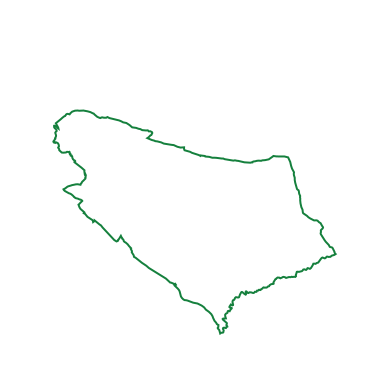 outline of Surani, Prahova, Romania, rotated 228°
{"feature_id": "2599482B83281748165249", "entity_name": "Surani", "entity_type": "district", "adm_level": 2, "iso_a3": "ROU", "parent_name": "Romania", "parent_adm1": "Prahova", "projection": "robinson", "projection_center": [26.167, 45.188], "detail": "fine", "context": "isolated", "style": "outline", "palette": "green", "viewbox_px": 384, "rotation_deg": 228, "n_neighbors": 0, "source": "geoboundaries", "source_scale": "gbopen_adm2", "svg_char_len": 5929}
<svg xmlns="http://www.w3.org/2000/svg" viewBox="0 0 384 384"><g transform="rotate(228 192 192)"><path d="M153.4,286.6L156.5,284.5L161.9,278.6L164.3,276.6L164.3,275.7L164.9,270.9L166.8,267.6L168.5,265.4L168.9,264.3L170.9,262.3L171.8,261.0L172.5,259.6L173.6,258.0L173.8,257.2L173.6,256.8L174.0,256.6L174.1,256.0L174.4,255.6L174.7,255.0L179.0,250.8L184.3,247.1L185.0,246.4L186.8,245.1L187.6,243.8L188.3,243.2L194.6,238.2L196.0,237.6L197.0,236.5L197.1,236.4L201.5,232.6L203.9,230.0L206.6,228.3L209.5,225.6L210.1,225.7L212.9,223.3L213.4,222.9L213.2,222.4L214.9,221.8L221.1,218.2L223.1,217.5L228.0,214.4L229.5,215.0L230.5,216.0L232.7,213.2L235.4,211.4L239.1,209.8L240.8,208.3L246.9,203.4L249.5,202.3L252.8,200.1L254.4,198.7L255.3,198.4L257.6,196.9L261.9,194.9L261.7,196.4L261.9,199.1L261.6,199.8L261.7,200.4L262.1,201.0L262.3,201.8L262.8,202.2L263.3,202.3L265.0,201.7L265.9,200.5L267.4,200.4L268.5,199.0L271.3,196.4L273.3,195.7L274.9,194.5L277.0,193.4L280.1,190.8L283.5,190.4L287.2,189.4L289.9,187.4L291.7,186.8L294.0,185.7L302.2,180.1L304.3,179.3L304.6,177.9L306.2,176.2L307.6,175.2L308.1,174.3L308.1,173.6L308.8,173.0L311.2,171.9L314.9,171.4L316.1,171.4L316.9,170.9L319.3,170.0L321.8,168.4L325.2,165.8L327.8,162.6L329.1,161.5L330.7,159.5L331.9,156.7L331.9,154.4L331.6,153.0L332.9,152.2L333.5,151.6L333.8,150.9L333.8,150.1L333.5,149.2L333.4,148.5L333.7,148.0L333.9,145.6L333.9,143.2L334.2,136.8L329.5,135.7L328.6,135.2L329.2,135.1L329.8,135.2L331.9,134.8L333.5,134.0L333.5,133.8L332.3,132.9L331.9,133.0L331.4,132.7L329.3,133.0L328.1,132.4L327.8,132.0L327.9,131.1L327.5,130.0L325.1,128.9L324.2,127.9L323.6,126.2L323.0,126.1L322.8,124.8L322.5,124.2L322.4,123.1L322.1,122.6L320.8,122.6L320.7,122.9L320.9,123.5L319.9,123.5L319.8,124.0L319.5,124.5L317.7,125.0L316.2,124.5L315.1,123.8L314.8,123.4L314.7,122.4L314.5,122.2L312.8,122.0L311.8,121.3L308.5,121.6L307.3,122.7L305.7,124.8L305.5,126.0L304.2,127.1L303.9,127.8L303.7,127.8L302.9,127.0L302.6,127.0L302.2,127.3L301.9,127.3L301.6,127.1L301.5,126.5L300.7,126.6L300.2,126.2L299.9,126.3L299.9,126.9L299.6,127.0L299.0,126.7L298.3,126.6L297.6,126.0L296.0,125.5L294.6,125.6L293.8,125.9L293.5,125.4L293.0,125.6L292.7,124.6L283.7,126.2L280.1,126.6L279.0,125.5L277.2,124.9L277.7,124.7L276.8,124.1L275.9,123.7L275.1,123.7L274.2,122.9L274.1,122.3L273.3,121.8L273.1,119.0L273.1,117.3L272.5,115.6L272.6,115.1L272.0,114.0L274.3,112.2L275.4,110.8L277.5,107.2L277.8,106.4L279.0,103.9L279.3,103.0L279.5,100.3L280.0,98.3L279.3,98.1L277.8,98.2L273.4,99.7L272.4,100.3L271.0,100.8L268.7,101.1L267.3,101.0L267.1,101.2L265.5,101.3L263.3,102.8L261.8,103.4L260.7,104.2L259.1,104.6L258.8,104.5L258.6,100.6L258.4,99.5L258.5,99.2L258.1,99.0L255.8,98.1L254.0,97.8L248.9,98.4L248.7,97.4L247.2,97.9L243.5,97.7L237.8,99.2L236.9,99.1L235.8,98.4L235.6,100.2L236.0,100.6L229.5,101.6L228.2,102.0L225.3,101.8L208.3,102.1L205.8,102.8L205.3,104.0L205.4,104.6L205.8,104.8L206.0,106.6L207.0,109.8L205.4,109.3L204.6,109.3L204.1,108.9L203.5,109.1L202.2,109.0L201.0,108.4L199.9,108.5L198.8,108.9L196.2,109.2L193.8,109.0L191.1,109.1L191.1,108.7L190.9,108.5L188.2,107.8L187.5,106.9L183.9,106.3L183.0,105.7L182.3,105.5L181.8,105.8L180.9,106.1L172.9,107.4L167.8,108.7L164.4,109.1L145.1,114.7L139.3,115.2L138.8,115.7L136.6,116.8L135.6,116.8L135.1,118.1L133.7,117.9L133.8,116.5L129.6,116.8L127.8,116.7L126.4,116.3L121.8,113.9L120.0,113.6L118.1,113.7L116.7,114.1L115.4,115.3L114.2,116.1L109.0,118.8L105.4,121.5L101.1,123.2L98.2,123.8L95.3,123.6L91.6,124.4L88.3,124.6L85.8,124.1L84.5,123.5L81.1,122.5L78.8,122.5L77.3,122.1L75.4,122.6L75.2,122.2L74.2,121.4L74.0,121.1L73.9,120.3L73.4,119.9L71.2,119.9L68.0,118.3L67.9,119.4L66.8,120.9L66.8,121.4L68.0,123.0L69.6,123.4L70.1,124.3L69.7,125.1L68.2,126.1L68.2,126.5L68.6,127.1L68.3,128.2L68.7,128.4L70.1,128.5L70.9,129.9L71.4,130.2L76.5,129.6L77.1,129.8L77.1,130.4L75.4,132.6L77.5,133.6L78.6,134.5L78.9,135.7L78.5,137.4L78.6,137.7L79.4,138.6L79.5,138.9L79.3,139.5L78.2,140.2L78.8,141.9L78.9,143.6L79.4,143.9L80.4,142.9L81.5,142.8L81.8,143.3L82.4,145.6L80.9,146.0L80.5,146.8L80.7,147.1L83.2,148.5L84.0,149.6L84.1,150.0L83.7,150.7L83.9,151.2L83.8,151.7L84.5,153.2L84.5,154.1L84.2,154.5L83.5,155.0L82.8,155.6L82.4,156.2L82.4,156.7L83.7,159.1L84.5,161.4L84.5,161.9L84.0,162.4L81.0,162.8L79.8,163.2L79.8,163.5L80.1,164.1L81.9,165.1L82.0,165.3L82.0,165.7L81.7,165.9L79.7,166.0L79.3,166.2L79.1,166.4L79.0,167.6L78.5,168.0L78.1,168.6L76.1,169.8L75.7,170.3L75.6,171.2L75.8,171.9L74.7,173.1L75.2,174.3L74.5,175.1L74.6,176.2L74.4,176.5L73.6,176.9L73.3,177.4L73.5,178.6L73.1,179.6L73.3,180.2L73.3,181.1L73.1,181.5L72.1,182.1L71.7,182.8L71.1,183.4L70.9,184.1L71.0,185.1L70.4,186.3L70.8,187.4L70.5,189.2L69.2,191.1L69.3,191.4L70.3,192.0L70.9,193.9L71.4,195.7L71.1,196.3L71.3,196.8L71.2,198.3L69.9,199.6L69.2,199.7L68.7,200.0L68.7,200.4L68.3,201.1L68.0,202.7L67.6,203.3L66.4,204.1L65.2,204.4L63.9,207.2L62.7,208.3L62.3,209.4L61.5,209.9L60.5,211.4L59.8,211.9L59.8,212.9L61.0,213.8L61.5,214.9L62.4,216.2L62.5,216.5L62.0,217.3L61.1,218.0L59.7,220.6L59.6,221.2L59.9,222.9L59.1,224.0L58.3,224.2L57.7,224.8L57.8,225.9L58.1,226.9L57.7,227.3L56.0,228.2L55.9,229.5L56.8,232.7L57.5,234.2L56.8,235.1L55.9,235.8L55.8,237.1L55.1,238.6L56.1,243.2L56.2,244.4L56.0,245.1L53.8,246.3L53.6,247.2L53.8,248.8L53.5,249.3L52.4,250.0L51.2,251.5L51.2,253.2L50.0,255.7L49.8,257.2L50.5,257.1L51.6,257.4L51.9,257.7L52.7,258.0L56.3,259.0L57.2,258.9L58.9,257.7L59.2,257.7L61.1,258.2L65.5,258.1L67.4,258.3L74.4,259.5L75.2,259.9L76.0,261.1L77.1,261.9L77.4,262.3L77.5,264.7L77.9,265.6L78.6,265.9L79.8,266.0L82.8,266.7L84.5,266.2L86.7,266.1L87.7,265.5L89.2,263.7L93.1,262.2L95.3,261.6L97.3,261.5L101.8,260.4L102.8,260.8L104.9,262.3L107.5,263.1L110.9,265.0L113.5,266.9L114.6,268.0L116.0,268.9L116.6,269.7L119.0,270.5L121.2,272.0L122.0,272.3L123.5,272.0L124.1,272.1L129.8,274.9L132.2,276.4L133.9,277.9L136.5,279.1L137.7,280.1L138.4,281.0L142.5,282.0L145.2,283.2L148.6,285.1L153.4,286.6Z" fill="none" stroke="#15803d" stroke-width="2"/></g></svg>